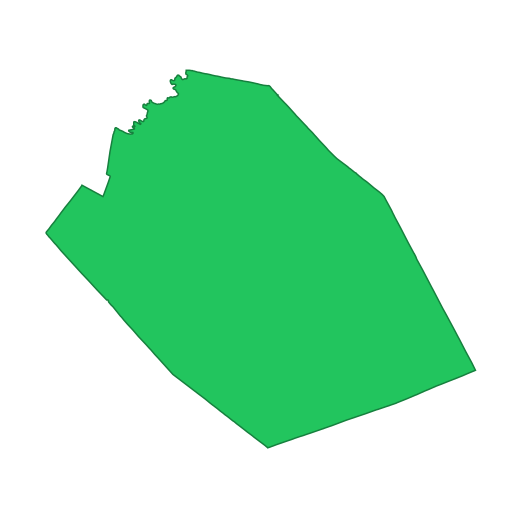 the district of Sfintesti, Teleorman, Romania, rotated 84°
{"feature_id": "2599482B66322400213375", "entity_name": "Sfintesti", "entity_type": "district", "adm_level": 2, "iso_a3": "ROU", "parent_name": "Romania", "parent_adm1": "Teleorman", "projection": "mercator", "projection_center": [25.082, 44.181], "detail": "fine", "context": "isolated", "style": "filled", "palette": "green", "viewbox_px": 512, "rotation_deg": 84, "n_neighbors": 0, "source": "geoboundaries", "source_scale": "gbopen_adm2", "svg_char_len": 5843}
<svg xmlns="http://www.w3.org/2000/svg" viewBox="0 0 512 512"><g transform="rotate(84 256 256)"><path d="M448.0,264.4L447.6,262.6L447.4,261.6L446.9,260.0L446.8,259.3L445.8,255.6L441.7,237.8L441.4,236.9L440.0,230.6L439.6,228.3L438.5,223.7L437.8,220.4L432.3,197.0L428.7,183.3L424.2,163.2L421.5,152.2L421.3,150.8L417.0,131.9L416.8,131.6L413.9,121.4L411.0,112.0L410.8,111.0L408.0,102.6L406.7,98.1L404.2,90.3L402.7,84.6L401.1,79.0L397.5,66.0L396.7,63.1L395.1,58.1L392.6,49.7L384.9,52.5L372.8,57.5L360.5,62.3L357.1,63.7L351.3,66.0L346.4,68.0L334.9,72.7L327.6,75.8L308.8,83.2L304.9,84.8L287.2,91.8L276.0,96.5L273.6,97.1L270.2,98.4L270.0,98.6L258.3,103.4L243.1,109.3L232.1,113.8L230.1,114.5L227.3,115.6L226.9,115.7L224.6,116.5L213.3,121.2L211.2,122.0L210.2,122.4L209.5,122.9L208.1,124.0L205.2,126.7L200.6,131.6L194.3,137.6L190.9,141.4L189.7,142.6L189.1,143.1L187.5,144.8L186.0,146.2L185.7,146.4L185.3,146.9L184.0,147.8L183.4,148.8L182.7,149.6L179.0,153.3L178.6,153.9L176.8,155.5L174.0,158.5L173.3,159.3L171.7,161.0L169.2,163.7L167.7,165.3L164.9,167.7L158.4,173.0L155.9,174.7L147.5,181.1L143.8,183.7L142.1,185.0L139.2,187.0L134.4,190.9L132.8,191.9L130.0,194.1L123.2,199.3L120.7,201.3L119.6,202.0L119.4,202.1L111.4,207.9L108.1,210.4L107.3,211.1L98.5,217.9L98.2,217.3L98.0,217.5L97.9,217.8L97.7,218.1L92.7,221.7L92.0,222.2L91.5,222.7L90.9,223.1L89.0,224.2L88.1,225.1L87.9,225.5L87.8,227.0L87.5,228.3L87.0,230.7L86.4,232.4L85.9,234.1L85.0,236.2L84.6,237.5L83.5,240.7L82.1,245.0L80.8,250.0L80.2,251.7L80.0,252.5L78.8,256.7L78.3,258.3L78.0,259.4L77.5,260.6L77.3,262.0L77.1,262.6L76.6,263.6L76.4,264.5L75.8,267.5L74.4,271.9L73.9,273.2L73.0,276.0L72.7,277.4L71.6,280.7L70.7,283.0L69.7,286.1L69.6,286.9L68.6,290.1L67.5,292.9L67.1,294.8L66.8,295.5L65.6,298.3L65.4,299.2L65.0,299.9L64.9,301.0L64.7,301.4L64.4,302.6L64.2,304.0L64.0,306.0L64.9,306.1L66.2,306.6L67.2,306.7L67.8,306.6L68.2,306.4L68.4,306.0L68.7,305.5L69.0,305.2L69.3,305.1L69.8,305.1L70.3,305.5L70.6,305.7L70.9,305.9L71.7,305.9L72.1,306.0L72.3,306.3L72.5,306.8L72.5,307.3L72.3,308.2L72.4,308.8L72.9,310.2L72.8,310.8L72.6,311.0L71.2,311.7L70.3,311.9L70.0,312.1L69.7,312.3L69.1,313.3L68.3,313.7L68.1,314.0L68.0,314.3L68.0,314.7L68.0,315.1L68.2,315.4L69.5,316.4L70.1,317.0L70.7,318.0L71.0,318.1L72.3,318.4L72.6,318.5L72.8,318.8L73.0,319.1L73.0,319.5L73.0,319.9L72.6,320.7L71.9,321.6L71.8,322.0L71.9,322.3L72.1,322.6L72.7,322.9L73.1,323.0L73.9,322.9L75.2,322.6L76.4,321.8L76.6,321.6L76.6,321.3L76.6,321.0L76.4,320.7L76.5,319.9L76.9,318.2L77.0,318.0L77.3,317.9L77.9,317.8L78.3,318.0L78.7,318.3L79.1,318.6L79.2,318.9L79.7,320.3L79.9,320.6L80.3,320.9L80.7,320.9L81.2,320.6L81.5,320.2L82.0,319.0L82.2,318.7L82.8,318.3L83.8,318.0L85.3,317.2L85.6,316.9L85.9,316.5L86.1,316.4L86.4,316.2L86.8,316.2L87.2,316.4L87.9,316.8L88.4,317.4L89.2,319.1L89.2,319.4L89.0,319.9L89.0,320.1L89.4,322.4L89.3,323.1L88.9,323.6L88.9,324.0L88.9,324.6L89.3,325.5L89.7,326.0L89.7,326.4L89.6,326.8L89.5,327.1L89.4,327.3L89.5,327.5L89.9,327.8L91.1,327.9L91.5,328.0L91.9,328.5L92.0,329.0L92.0,330.0L93.4,331.2L94.1,332.4L94.5,333.3L94.6,334.9L94.8,335.5L94.9,336.2L94.7,336.9L94.7,337.3L94.8,337.8L94.9,338.2L94.8,338.6L93.9,340.3L93.4,341.6L92.3,343.1L91.8,343.5L91.3,343.8L90.4,343.9L90.1,344.4L89.8,345.0L89.8,345.3L90.0,345.6L90.3,345.8L91.5,346.0L92.9,345.9L93.1,346.0L93.2,346.3L93.0,347.9L93.1,348.1L93.2,348.3L93.5,348.5L94.6,348.9L94.8,349.1L94.7,349.5L94.5,349.9L94.1,350.4L93.6,350.8L93.3,351.2L93.3,351.5L93.4,351.9L93.8,352.4L94.3,352.6L95.5,352.8L96.3,352.8L96.7,352.5L98.0,350.4L99.2,348.8L99.4,348.5L100.3,348.3L100.9,348.4L102.0,349.0L103.9,349.5L104.9,350.2L105.3,350.3L105.7,350.2L106.9,349.8L107.2,349.9L107.7,350.4L107.9,352.0L108.1,352.5L108.3,352.7L108.9,353.2L109.9,353.4L110.2,353.6L110.5,354.0L110.4,354.7L110.2,355.1L109.6,356.0L109.2,356.7L108.5,357.3L108.5,357.8L108.7,358.4L109.0,358.5L109.5,358.5L110.3,358.3L111.2,358.0L111.5,357.8L111.9,357.0L112.1,356.8L112.5,356.7L112.8,356.9L113.0,357.1L112.9,357.5L112.7,357.9L112.3,358.2L111.5,359.6L110.8,360.3L109.8,362.2L109.7,363.0L109.8,363.3L109.9,363.5L110.2,363.6L112.9,363.9L113.6,363.5L113.8,363.1L114.5,362.9L114.7,363.1L114.8,363.4L114.1,364.4L114.0,364.8L114.0,365.1L114.2,365.3L114.6,365.4L115.1,365.1L116.2,363.8L116.7,363.6L116.9,363.6L117.1,363.8L117.2,365.4L117.3,365.9L117.4,366.5L117.6,369.3L117.9,369.5L118.4,369.5L119.2,368.8L119.8,368.1L120.0,367.5L120.2,365.6L120.6,365.4L120.9,365.4L121.4,365.7L121.6,366.0L121.6,366.5L121.7,368.3L120.8,371.2L120.1,372.6L119.3,373.9L118.6,374.8L118.1,375.4L116.8,377.8L116.7,378.4L116.5,378.7L115.7,379.2L115.2,379.7L114.6,380.7L113.9,381.5L113.8,381.9L113.8,382.3L114.0,382.6L114.3,382.9L115.0,383.1L116.4,383.3L117.5,384.1L119.1,384.6L120.4,385.4L127.5,387.5L136.6,390.2L152.7,394.3L156.3,395.3L158.4,396.0L158.7,396.0L159.0,395.9L159.4,395.5L161.0,393.0L161.3,392.8L161.9,392.7L167.9,395.5L179.1,401.0L180.9,402.0L167.4,421.7L168.1,422.1L172.4,426.0L182.1,435.2L187.6,440.7L191.5,444.3L192.5,445.3L194.7,447.2L198.3,450.6L200.7,452.7L204.0,456.1L207.3,459.0L209.9,461.7L210.4,462.1L210.8,462.3L211.4,462.3L212.4,461.8L213.3,461.1L215.6,459.7L216.5,458.9L222.4,454.9L224.0,453.6L230.6,449.2L255.3,431.0L262.2,425.7L273.4,417.4L283.5,409.6L284.2,409.0L284.1,408.3L284.2,408.0L284.4,407.8L285.4,407.5L286.2,407.4L286.8,407.1L289.5,405.3L291.6,403.5L295.2,401.2L301.9,396.9L302.5,396.3L306.1,394.0L310.6,390.8L316.7,386.2L323.8,381.3L332.2,374.9L337.2,371.3L337.7,370.8L343.4,366.9L346.4,364.6L365.1,351.0L383.3,331.7L386.9,327.9L392.8,321.6L394.7,319.7L397.0,317.5L399.7,314.7L403.5,310.6L406.3,307.9L409.0,305.0L410.4,303.7L412.7,301.1L417.1,296.7L417.9,295.8L418.3,295.2L419.2,294.3L420.1,293.5L421.6,292.0L422.0,291.5L426.0,287.3L430.1,283.1L433.2,279.7L434.6,278.2L435.7,277.2L441.2,271.3L445.3,266.9L447.1,265.2L447.6,264.6L448.0,264.4Z" fill="#22c55e" stroke="#15803d" stroke-width="1.5"/></g></svg>